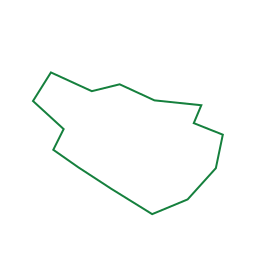 Nagykanizsa, Natural Earth projection, rotated 305°
{"feature_id": "HUN-4911", "entity_name": "Nagykanizsa", "entity_type": "Urban county", "adm_level": 1, "iso_a3": "HUN", "parent_name": "Hungary", "parent_adm1": "", "projection": "natural_earth1", "projection_center": [16.987, 46.469], "detail": "fine", "context": "isolated", "style": "outline", "palette": "green", "viewbox_px": 256, "rotation_deg": 305, "n_neighbors": 0, "source": "natural_earth", "source_scale": "10m", "svg_char_len": 345}
<svg xmlns="http://www.w3.org/2000/svg" viewBox="0 0 256 256"><g transform="rotate(305 128 128)"><path d="M129.3,33.0L137.4,77.2L159.0,96.1L165.8,133.8L188.7,175.0L169.7,179.1L176.9,209.5L145.5,223.0L103.7,217.8L71.3,197.2L68.6,149.2L67.3,109.8L67.3,79.3L90.2,75.9L95.6,34.7L129.3,33.0Z" fill="none" stroke="#15803d" stroke-width="2"/></g></svg>